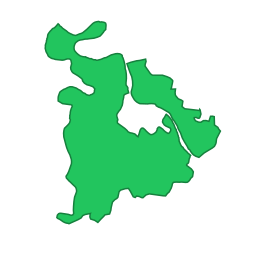 outline of Banha, Al Qalyubiyah, Egypt, rotated 97°
{"feature_id": "37247803B8473784659060", "entity_name": "Banha", "entity_type": "district", "adm_level": 2, "iso_a3": "EGY", "parent_name": "Egypt", "parent_adm1": "Al Qalyubiyah", "projection": "mercator", "projection_center": [31.169, 30.453], "detail": "fine", "context": "isolated", "style": "filled", "palette": "green", "viewbox_px": 256, "rotation_deg": 97, "n_neighbors": 0, "source": "geoboundaries", "source_scale": "gbopen_adm2", "svg_char_len": 5796}
<svg xmlns="http://www.w3.org/2000/svg" viewBox="0 0 256 256"><g transform="rotate(97 128 128)"><path d="M93.0,131.6L91.2,132.3L90.0,132.9L88.2,133.0L86.9,133.9L85.9,135.0L85.3,135.2L83.4,135.5L79.1,135.6L75.0,136.2L71.6,137.1L69.3,138.1L67.2,138.4L65.0,139.0L61.7,140.3L58.9,141.6L57.9,142.4L57.0,142.5L56.2,143.1L55.6,144.5L55.4,145.3L55.4,147.5L55.8,149.4L57.5,153.6L60.7,158.2L61.3,160.1L63.1,163.1L64.4,166.5L64.6,167.5L64.2,168.7L64.4,170.0L64.3,171.1L63.6,172.9L63.8,173.9L63.8,174.7L63.2,176.6L63.0,178.3L62.5,178.6L62.7,179.9L62.7,181.5L62.3,184.1L61.2,186.2L59.9,188.1L58.2,190.0L57.1,190.8L55.8,191.2L54.5,191.4L53.3,191.4L51.3,191.0L50.2,190.6L49.3,190.0L47.4,188.0L46.5,186.2L45.8,183.6L45.0,181.5L44.7,179.4L44.0,177.0L43.0,172.7L41.6,169.5L40.2,167.0L38.4,165.6L37.2,164.9L36.2,164.2L34.5,163.4L33.0,162.1L31.9,162.2L29.1,162.3L27.9,162.5L26.7,163.0L26.2,164.0L26.0,164.9L25.9,167.2L26.3,168.8L25.9,169.5L25.8,170.3L26.4,172.2L27.0,173.7L27.8,174.8L28.7,175.8L35.0,180.8L38.9,184.5L39.8,185.9L40.5,187.6L42.5,191.1L42.4,193.1L42.2,194.2L41.6,195.8L41.6,196.1L41.4,196.7L40.5,199.0L39.1,201.0L37.0,205.0L35.6,206.7L35.0,208.1L33.9,208.9L33.1,210.1L35.7,211.8L37.6,213.3L38.2,214.5L39.1,215.4L40.1,216.0L41.2,216.9L43.0,218.0L44.6,218.8L45.6,219.0L48.1,219.0L49.0,219.4L50.0,219.3L51.1,219.6L52.5,219.5L55.5,220.1L56.4,220.1L57.3,219.9L59.0,219.9L62.3,218.6L64.9,216.7L66.1,216.1L66.8,215.3L68.0,212.9L68.3,211.9L68.4,210.4L68.8,208.4L68.7,201.6L68.3,199.9L67.0,197.2L66.8,196.4L66.6,194.5L67.0,193.6L67.7,192.9L71.0,191.8L75.0,192.3L76.7,191.9L77.7,191.3L79.0,190.4L80.0,189.2L81.6,185.5L82.6,183.4L84.5,180.2L85.5,179.1L86.7,178.9L88.8,176.8L90.1,174.0L90.4,171.5L91.3,167.9L93.2,165.7L94.8,165.9L96.1,165.8L97.1,165.9L98.8,167.5L99.5,169.0L100.4,170.3L100.0,173.3L98.9,174.9L98.5,176.9L96.6,179.6L95.7,182.1L94.7,184.1L93.9,188.2L94.1,190.6L95.3,193.0L96.7,194.9L97.4,196.4L99.5,198.9L100.7,200.0L102.7,200.5L105.0,201.0L106.7,201.0L109.7,200.6L111.8,195.9L111.9,188.7L111.8,187.8L112.1,186.5L113.5,186.0L115.2,186.6L117.9,187.1L119.4,187.2L121.3,187.1L122.6,187.3L124.1,187.1L125.6,187.1L126.9,186.2L128.7,186.4L129.9,186.6L131.1,187.2L132.8,188.4L136.0,191.0L138.2,191.3L141.0,191.3L144.7,190.6L152.5,187.5L155.1,186.4L158.6,184.5L161.9,182.3L166.1,180.4L168.4,179.9L170.5,179.8L178.3,181.5L181.3,182.5L183.4,183.6L185.1,183.1L188.0,179.8L188.5,178.9L190.9,175.8L192.7,173.3L193.6,172.5L194.5,172.0L195.7,171.6L197.1,171.3L198.5,171.5L203.1,172.6L207.4,172.7L212.3,172.5L216.1,172.2L219.4,171.5L220.9,172.1L221.6,173.8L221.0,176.7L220.8,184.3L221.0,185.4L221.5,186.4L223.1,187.5L225.6,187.7L226.3,186.8L227.1,184.4L229.0,180.8L229.7,178.7L229.9,177.3L229.9,176.0L230.2,174.9L225.0,166.3L223.0,163.6L220.4,162.2L219.1,160.0L217.4,154.9L218.0,155.1L220.9,155.0L222.9,154.0L223.7,149.8L225.4,146.4L221.9,143.9L218.6,141.3L217.0,140.3L215.6,135.8L211.7,135.0L209.0,135.0L203.5,134.4L200.9,132.5L199.3,130.5L198.0,129.6L192.4,129.1L190.6,127.9L188.6,123.4L187.9,120.2L190.6,117.9L195.6,114.4L196.1,112.4L194.5,111.2L194.6,108.5L195.4,106.2L195.4,104.7L192.2,101.9L190.8,98.8L191.0,84.8L190.8,82.4L188.2,80.9L186.6,79.4L182.5,77.8L180.1,77.3L177.8,77.1L176.4,76.3L175.8,73.7L175.5,70.2L175.1,68.3L175.0,64.5L174.7,62.7L173.8,61.5L172.2,60.4L170.3,59.6L168.4,58.0L163.6,57.8L162.3,58.8L160.9,60.2L158.0,65.2L157.0,65.3L155.5,63.9L154.5,63.6L151.2,63.5L149.7,63.0L148.2,62.9L147.5,62.5L145.5,65.6L144.6,66.5L141.8,70.2L140.7,70.9L140.2,71.5L139.9,72.3L138.8,73.3L134.7,75.7L133.7,75.8L132.5,76.2L131.5,76.3L130.7,76.9L129.6,77.2L128.1,78.0L127.0,78.3L124.9,79.7L124.0,79.8L122.2,81.2L118.6,83.1L117.4,84.1L115.2,85.4L113.8,86.8L112.7,87.7L110.8,90.0L110.6,90.7L110.0,91.1L109.7,91.5L109.9,91.9L112.8,93.0L114.6,94.0L115.6,94.4L117.8,94.5L118.6,94.0L120.5,92.4L121.4,90.8L122.7,86.8L123.0,86.1L123.5,85.7L124.3,85.4L125.2,85.3L126.3,85.6L128.1,86.7L128.5,87.6L127.3,90.3L126.0,92.2L124.9,93.4L124.4,94.4L123.7,95.6L123.4,96.3L123.2,97.0L123.3,97.5L123.6,98.0L124.0,98.3L125.4,99.0L126.1,98.8L128.4,99.6L129.0,100.0L130.9,102.0L131.6,103.5L131.8,104.6L131.3,105.9L130.4,107.4L128.9,109.5L127.8,110.7L126.4,112.7L126.3,113.8L126.5,114.3L126.8,114.7L128.1,115.5L129.3,115.8L132.6,116.3L134.7,116.9L135.4,117.0L134.6,118.6L133.7,119.5L133.1,120.5L132.6,123.3L132.5,125.4L131.7,127.6L130.6,128.6L128.8,131.1L124.5,138.9L123.8,139.2L122.2,139.5L121.9,139.2L121.0,139.1L117.8,140.5L116.4,140.8L115.2,140.5L113.7,139.8L111.5,138.6L110.6,137.9L106.2,136.5L103.5,136.3L101.5,136.4L98.2,136.0L96.7,136.1L95.9,136.0L94.7,134.8L93.0,131.6ZM64.3,136.9L72.8,132.7L76.6,130.5L80.8,129.2L85.1,128.5L88.0,128.7L91.3,129.2L93.0,129.0L94.2,128.6L95.5,127.9L98.1,126.0L99.3,125.0L100.4,123.6L101.2,122.4L101.9,120.7L102.4,119.2L101.7,111.6L101.2,109.6L100.9,107.6L100.8,105.6L100.9,104.1L101.5,103.2L102.4,102.8L102.9,101.8L103.6,100.1L103.9,98.4L104.7,96.2L107.3,90.2L107.9,89.0L109.2,87.6L112.7,85.4L114.0,84.4L115.2,83.1L120.1,79.2L121.8,78.5L123.5,77.5L126.4,75.3L131.4,72.8L134.7,70.4L139.0,67.0L141.5,65.4L141.7,64.7L142.1,64.1L143.7,62.9L144.9,61.8L146.0,60.6L146.9,59.3L147.8,57.2L148.5,54.0L143.4,49.3L137.6,41.9L135.7,40.0L133.1,39.0L131.8,38.8L127.8,38.8L119.8,35.9L118.2,37.7L116.4,38.9L114.5,42.5L106.2,43.8L106.0,45.5L106.3,47.5L111.5,48.5L111.1,51.5L111.5,54.1L113.4,56.3L113.6,58.6L112.8,61.3L112.7,61.8L110.8,63.4L109.6,63.5L109.2,61.7L109.7,60.2L109.7,58.7L108.9,58.0L105.3,57.3L101.3,58.6L100.9,59.0L101.3,59.0L101.9,59.5L102.0,74.0L100.1,77.0L94.7,76.8L93.8,78.4L92.9,81.7L90.2,84.5L89.5,85.0L87.0,85.6L83.5,85.6L84.0,88.7L84.1,90.1L82.2,89.7L81.1,89.7L78.1,89.4L75.8,89.3L75.1,89.8L73.3,92.3L72.3,95.6L71.4,100.2L72.6,110.2L71.5,112.3L64.5,118.6L62.6,118.7L59.8,118.2L57.5,118.9L59.5,124.6L60.3,127.8L62.5,133.4L64.3,136.9Z" fill="#22c55e" stroke="#15803d" stroke-width="1.5"/></g></svg>